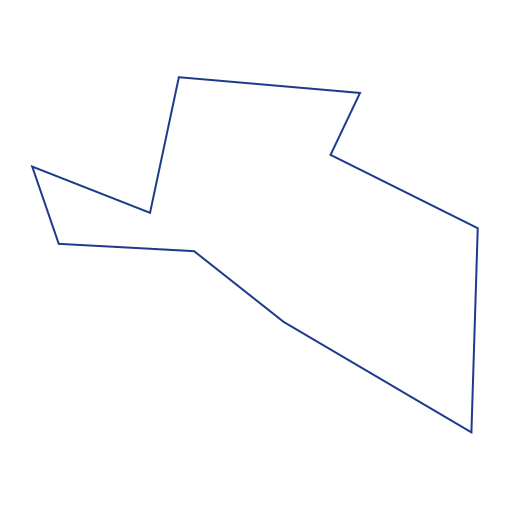 the district of Galax, Virginia, United States of America, rotated 89°
{"feature_id": "52423323B65512334983312", "entity_name": "Galax", "entity_type": "district", "adm_level": 2, "iso_a3": "USA", "parent_name": "United States of America", "parent_adm1": "Virginia", "projection": "orthographic", "projection_center": [-80.921, 36.66], "detail": "fine", "context": "isolated", "style": "outline", "palette": "blue", "viewbox_px": 512, "rotation_deg": 89, "n_neighbors": 0, "source": "geoboundaries", "source_scale": "gbopen_adm2", "svg_char_len": 293}
<svg xmlns="http://www.w3.org/2000/svg" viewBox="0 0 512 512"><g transform="rotate(89 256 256)"><path d="M156.2,179.7L94.8,149.2L75.9,330.0L211.0,361.2L162.7,478.2L240.4,453.0L250.1,317.8L322.4,229.5L436.1,43.7L232.1,33.8L156.2,179.7Z" fill="none" stroke="#1e3a8a" stroke-width="2"/></g></svg>